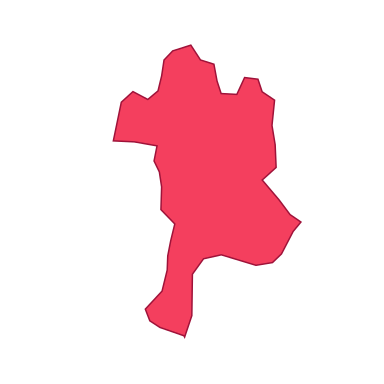 an SVG outline of Gnjilane, rotated 34°
{"feature_id": "KOS-5904", "entity_name": "Gnjilane", "entity_type": "District", "adm_level": 1, "iso_a3": "XKX", "parent_name": "Kosovo", "parent_adm1": "", "projection": "mercator", "projection_center": [21.441, 42.404], "detail": "fine", "context": "isolated", "style": "filled", "palette": "rose", "viewbox_px": 384, "rotation_deg": 34, "n_neighbors": 0, "source": "natural_earth", "source_scale": "10m", "svg_char_len": 752}
<svg xmlns="http://www.w3.org/2000/svg" viewBox="0 0 384 384"><g transform="rotate(34 192 192)"><path d="M229.1,322.4L218.8,315.2L222.6,290.9L215.1,270.6L207.6,258.5L201.6,244.3L195.6,228.1L176.1,224.0L164.0,204.8L153.7,193.6L143.2,187.5L137.2,173.3L116.1,182.7L98.2,193.6L83.2,157.1L86.9,141.8L103.6,140.0L107.3,127.2L101.9,112.7L95.0,98.2L97.1,85.8L108.9,70.9L125.2,77.8L138.7,73.8L150.7,86.0L161.1,94.1L174.6,86.0L171.6,67.7L183.6,61.6L194.1,69.7L209.1,69.7L221.1,92.1L234.5,106.3L248.0,124.6L243.5,142.8L268.4,149.8L285.9,155.9L299.1,156.0L297.9,168.1L300.8,193.3L298.2,205.5L286.0,217.0L251.4,227.7L238.9,240.9L238.3,259.9L261.0,294.6L267.0,316.4L265.7,315.7L241.2,322.2L229.1,322.4Z" fill="#f43f5e" stroke="#9f1239" stroke-width="1.5"/></g></svg>